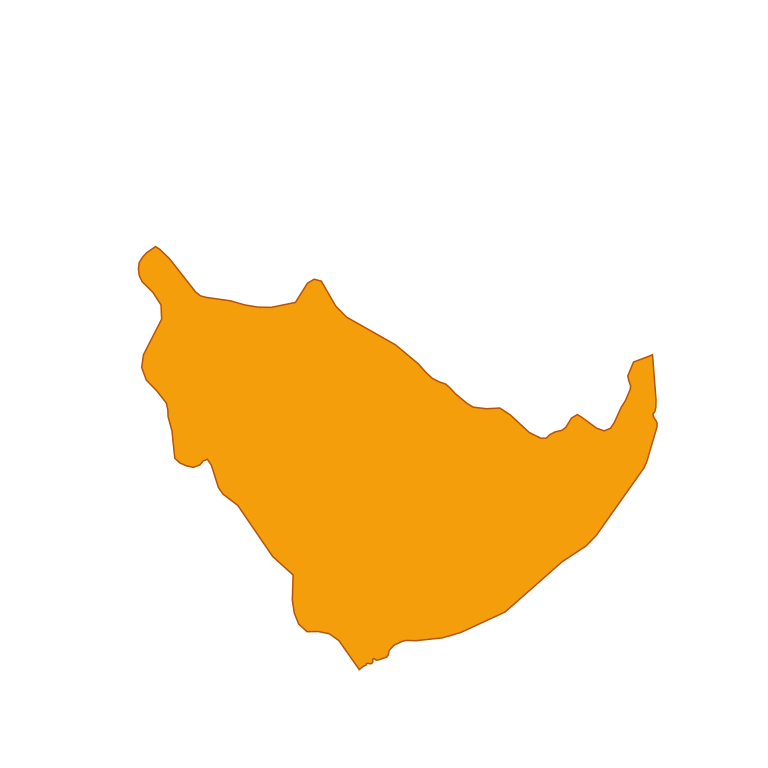 SVG path tracing the border of Yobe, rotated 139°
{"feature_id": "NGA-2873", "entity_name": "Yobe", "entity_type": "State", "adm_level": 1, "iso_a3": "NGA", "parent_name": "Nigeria", "parent_adm1": "", "projection": "natural_earth1", "projection_center": [11.324, 11.986], "detail": "fine", "context": "isolated", "style": "filled", "palette": "amber", "viewbox_px": 768, "rotation_deg": 139, "n_neighbors": 0, "source": "natural_earth", "source_scale": "10m", "svg_char_len": 1791}
<svg xmlns="http://www.w3.org/2000/svg" viewBox="0 0 768 768"><g transform="rotate(139 384 384)"><path d="M337.7,129.2L366.1,133.0L442.2,132.5L489.4,146.2L506.6,154.2L528.4,169.4L535.6,176.0L538.7,177.7L547.8,180.3L553.0,179.8L555.2,179.3L558.5,176.7L561.1,176.1L569.0,179.3L570.8,180.4L571.4,181.7L571.4,182.7L571.7,183.4L573.0,183.6L573.5,183.2L574.2,182.2L575.2,181.4L576.7,181.1L578.2,182.1L579.4,183.7L580.5,184.6L582.0,183.6L584.6,184.5L590.1,184.7L590.0,185.0L586.4,220.0L589.2,231.5L596.1,240.4L604.6,247.6L605.9,258.8L602.0,269.9L595.1,280.9L577.9,299.5L581.2,326.8L574.0,388.3L577.8,406.5L576.9,414.5L567.6,435.9L566.7,443.0L570.9,444.6L576.1,443.7L582.5,446.1L587.0,452.1L589.9,458.5L590.6,465.2L574.8,487.7L568.4,501.0L564.1,506.3L560.8,512.2L560.0,527.6L560.8,543.0L556.0,555.5L546.3,563.9L509.3,578.8L500.4,590.0L498.3,604.7L499.4,619.9L497.6,626.3L494.0,631.8L489.2,636.2L483.1,638.1L477.2,638.8L466.2,637.6L464.8,632.2L463.7,619.1L465.8,577.2L464.7,571.0L461.4,566.1L445.0,547.1L437.4,535.3L428.7,524.7L418.8,515.8L397.3,503.7L375.6,510.3L368.0,508.9L363.8,502.8L369.3,474.6L368.4,459.1L349.6,405.9L344.9,376.7L344.7,364.0L343.7,356.1L340.7,349.0L337.4,343.2L336.7,336.8L336.5,329.5L334.1,315.1L332.0,308.2L323.0,298.2L312.4,289.9L309.0,278.0L306.2,252.2L301.4,240.5L297.1,236.7L291.8,237.0L286.0,235.5L280.4,232.4L275.2,232.0L264.9,235.3L258.2,234.1L256.7,229.6L252.6,211.3L248.6,204.2L242.1,202.0L235.1,204.0L220.3,210.8L212.7,213.1L201.9,218.3L199.1,220.7L197.2,225.6L194.8,230.1L181.2,236.9L166.4,231.3L162.1,230.0L189.0,193.7L194.2,188.0L197.2,185.8L198.9,185.1L199.7,185.2L200.3,185.1L201.5,183.6L202.3,181.8L202.9,177.3L203.5,175.4L206.3,172.4L236.0,153.4L242.5,150.2L318.5,131.6L322.7,130.5L337.7,129.2Z" fill="#f59e0b" stroke="#b45309" stroke-width="1.5"/></g></svg>